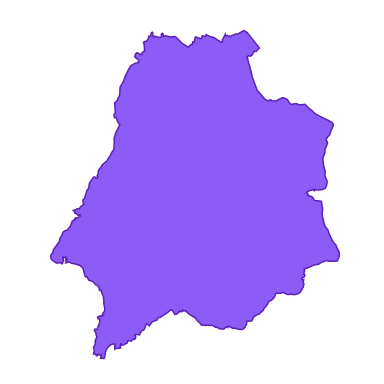 outline of Capusu Mare, Cluj, Romania, rotated 267°
{"feature_id": "2599482B21022816483302", "entity_name": "Capusu Mare", "entity_type": "district", "adm_level": 2, "iso_a3": "ROU", "parent_name": "Romania", "parent_adm1": "Cluj", "projection": "natural_earth1", "projection_center": [23.238, 46.782], "detail": "fine", "context": "isolated", "style": "filled", "palette": "violet", "viewbox_px": 384, "rotation_deg": 267, "n_neighbors": 0, "source": "geoboundaries", "source_scale": "gbopen_adm2", "svg_char_len": 5827}
<svg xmlns="http://www.w3.org/2000/svg" viewBox="0 0 384 384"><g transform="rotate(267 192 192)"><path d="M241.9,332.5L246.1,334.1L251.0,336.6L252.3,336.5L253.8,335.8L256.6,331.6L259.1,326.8L263.8,318.9L267.4,315.7L269.5,313.2L273.7,309.3L273.3,304.1L273.5,303.2L274.7,301.3L274.9,299.6L274.3,297.1L274.7,294.8L279.6,291.9L281.2,288.7L281.4,286.8L280.4,285.3L280.0,283.3L278.8,281.6L278.6,276.5L279.9,275.7L279.9,274.4L278.9,272.9L280.7,269.8L290.2,262.4L303.0,258.4L315.4,256.1L318.7,254.9L319.5,255.1L322.7,254.4L323.9,254.5L324.1,254.1L324.4,254.8L325.4,255.4L324.5,257.2L325.2,258.7L329.4,261.7L329.0,263.6L329.9,264.0L332.2,266.8L348.1,255.7L350.1,253.0L350.6,252.2L347.5,246.1L347.5,243.7L346.9,242.9L346.2,240.0L345.2,238.3L345.8,237.5L345.8,236.4L346.5,235.3L346.1,234.4L346.4,234.2L346.4,233.7L347.8,233.5L344.0,231.4L342.6,230.3L340.4,230.2L340.1,229.2L342.3,225.7L344.6,222.7L345.5,220.8L346.3,218.1L348.5,214.3L346.7,213.5L347.5,210.5L344.5,209.4L346.7,203.5L341.3,202.0L341.9,200.7L339.3,200.0L339.3,198.6L336.8,195.8L341.0,189.9L347.2,184.4L348.2,182.9L347.9,179.2L349.4,173.5L349.1,171.7L351.6,171.3L352.1,170.9L351.1,169.4L349.2,170.0L348.0,168.4L348.3,166.4L349.4,163.7L349.4,161.8L348.8,161.8L349.6,161.1L353.1,161.1L353.6,160.8L353.3,159.9L349.6,158.7L349.6,158.2L349.1,157.7L349.2,157.1L349.5,157.0L346.9,156.1L344.8,154.2L344.6,153.6L344.9,152.8L343.7,151.2L342.1,151.9L335.4,152.1L334.0,149.7L332.8,149.4L332.6,148.9L331.8,148.9L334.0,144.2L332.3,142.6L330.1,141.9L328.8,142.9L328.6,143.8L328.0,144.0L326.4,145.9L325.3,145.9L324.2,144.6L323.8,144.8L323.6,142.0L321.4,137.8L318.3,135.4L311.0,131.3L306.1,129.4L300.6,125.7L293.1,124.9L291.3,124.2L286.2,121.2L285.2,119.5L274.4,119.5L273.2,118.0L270.2,118.5L270.6,120.0L265.9,121.4L265.6,121.9L263.8,122.6L263.1,123.6L256.1,119.5L250.1,117.1L244.4,116.9L238.7,116.2L234.8,113.3L233.2,112.7L229.2,109.5L227.7,109.0L224.5,104.6L222.7,103.0L221.1,102.1L219.3,100.2L216.7,99.3L214.9,99.3L213.5,98.2L212.5,98.6L212.3,98.2L211.1,98.2L210.8,96.9L212.2,95.7L211.9,94.2L210.8,93.8L209.6,92.5L205.8,89.9L201.2,89.0L199.0,87.1L191.5,84.4L189.6,82.6L187.3,82.7L185.5,83.3L183.1,80.1L181.0,78.4L180.9,77.9L181.3,76.5L179.9,74.0L179.8,72.5L178.7,73.6L176.9,74.0L176.4,75.3L175.0,76.6L174.7,77.5L175.2,78.0L174.9,79.4L174.0,79.4L171.7,75.4L172.4,74.6L172.2,74.2L171.3,73.5L170.1,73.5L170.3,72.8L170.0,72.8L169.1,70.8L164.4,68.9L160.8,65.6L160.4,65.2L159.9,63.0L158.8,61.3L156.2,60.1L151.8,57.3L149.9,57.2L141.9,50.8L139.3,50.0L136.7,48.0L134.7,47.4L132.3,48.0L128.7,51.9L128.1,53.2L128.3,56.9L127.0,58.6L127.4,59.0L129.3,59.5L129.7,60.2L133.8,59.8L133.1,60.6L133.5,61.8L132.7,62.3L133.0,62.6L130.9,62.5L131.4,63.2L132.1,63.1L131.6,64.0L127.9,62.1L128.0,63.5L128.8,64.9L127.8,67.1L127.0,68.1L126.2,72.1L125.5,73.2L125.4,74.4L124.9,74.8L124.7,76.1L121.8,79.1L113.1,80.9L112.9,81.1L113.0,82.5L109.2,84.5L108.0,87.8L106.9,89.1L104.6,90.6L103.4,93.0L102.0,93.8L98.9,94.4L98.3,95.3L98.6,96.4L95.6,96.7L93.2,97.8L90.8,98.1L87.1,98.3L84.7,98.1L80.7,98.8L78.7,98.7L77.2,98.2L75.5,96.6L73.7,95.8L73.3,95.9L73.1,96.5L72.5,94.9L73.1,94.3L73.1,93.7L72.0,91.1L71.0,91.6L70.3,91.5L70.2,93.1L68.1,93.2L65.5,92.5L59.5,89.8L60.2,87.8L59.9,87.5L59.2,87.9L58.3,87.4L57.1,88.3L55.1,88.9L54.4,88.7L52.5,89.4L48.1,87.5L45.0,87.5L42.0,85.4L38.4,86.1L35.4,85.1L34.9,87.4L34.0,87.7L33.3,88.6L34.0,88.9L34.4,88.6L34.3,89.0L34.7,89.5L34.1,90.5L34.3,92.1L33.5,92.4L33.8,92.7L30.7,91.9L30.4,95.5L33.4,96.6L38.0,97.5L40.7,99.3L43.0,101.8L44.2,104.1L44.3,106.7L43.5,107.2L42.4,106.7L39.1,106.8L39.5,107.2L39.8,108.4L39.8,111.6L40.2,111.7L40.2,112.2L39.6,112.7L41.1,112.3L44.2,112.9L44.1,113.3L42.9,113.0L42.6,113.6L42.9,115.6L44.6,119.3L46.5,120.0L46.7,122.2L46.2,123.5L47.3,124.2L47.8,125.4L47.8,127.1L49.7,128.3L52.4,127.6L52.7,129.1L52.0,132.1L55.5,133.9L56.8,136.1L56.7,136.5L57.7,137.4L62.8,139.6L62.1,141.0L60.5,142.4L64.5,145.5L66.0,150.4L66.5,150.2L68.1,151.8L68.5,152.4L68.3,153.6L73.9,162.8L75.6,164.4L75.1,165.6L74.0,166.6L70.7,168.3L70.9,170.4L71.8,171.3L72.1,172.3L73.8,172.9L73.2,173.6L73.0,175.8L74.8,176.4L74.8,176.7L73.6,177.6L73.8,178.5L73.5,179.4L70.0,182.9L66.3,188.4L63.2,190.5L60.9,192.8L58.6,194.4L58.3,197.6L58.0,198.2L58.5,198.9L58.1,199.7L58.3,201.1L58.0,201.9L58.1,202.8L57.7,203.6L58.1,205.4L56.7,206.7L56.2,208.0L55.7,208.3L55.7,209.6L53.8,212.6L53.7,213.4L53.9,214.6L53.5,215.1L53.5,216.7L54.9,218.2L54.8,218.8L55.4,219.2L55.4,220.0L54.9,220.7L55.6,220.7L56.0,221.7L53.9,225.3L53.6,228.0L52.5,231.1L52.1,235.2L53.0,236.8L53.9,237.1L54.4,238.1L55.1,238.2L56.8,239.5L59.9,240.0L60.1,241.2L60.0,243.8L60.3,245.0L64.2,247.3L66.2,250.8L66.3,251.9L66.9,253.2L68.0,254.1L70.0,256.9L72.5,258.2L73.7,259.8L75.2,260.6L75.5,261.3L79.0,263.2L79.6,265.6L82.5,268.7L86.3,270.4L86.6,271.3L86.2,272.7L86.4,273.6L86.1,274.8L86.8,276.7L86.7,278.0L84.7,281.8L84.6,283.3L84.8,285.3L84.5,285.8L84.7,286.9L84.2,288.0L84.2,289.6L85.0,292.9L86.5,295.1L91.4,298.2L94.4,299.0L96.0,298.3L98.5,299.0L98.7,297.6L100.2,297.2L100.8,298.1L100.9,299.2L102.7,300.4L103.3,300.4L104.4,299.4L108.0,300.4L109.1,299.9L109.4,300.3L110.1,303.4L110.8,304.7L111.4,307.2L112.3,308.7L112.7,311.1L113.1,312.1L113.2,314.7L114.3,316.1L116.6,322.6L116.0,323.9L115.6,326.3L115.7,327.6L115.3,331.4L115.6,333.8L117.5,334.2L120.0,335.7L124.1,335.9L130.0,333.3L131.4,333.1L133.4,331.3L137.6,328.9L143.6,326.6L147.1,325.7L151.3,322.8L161.5,320.8L165.2,321.0L167.5,321.6L176.0,320.7L177.0,314.6L177.5,313.6L179.7,312.7L181.2,311.2L182.5,307.5L183.5,308.0L185.3,306.4L186.2,307.1L186.4,308.1L187.7,310.2L187.6,311.5L188.0,312.9L187.0,314.2L188.2,314.4L187.5,315.6L187.5,322.3L188.8,325.3L190.9,326.5L193.1,327.2L195.9,327.5L201.3,325.6L206.0,326.1L211.4,324.8L218.7,324.4L224.8,326.9L226.8,326.9L228.2,327.4L233.6,329.9L235.3,329.6L237.2,328.6L240.0,330.4L241.9,332.5Z" fill="#8b5cf6" stroke="#5b21b6" stroke-width="1.5"/></g></svg>